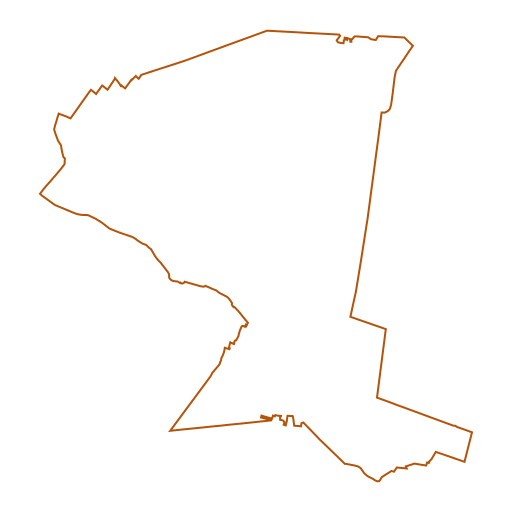 outline of Tláhuac, Distrito Federal, Mexico
{"feature_id": "50627088B16651448707811", "entity_name": "Tláhuac", "entity_type": "district", "adm_level": 2, "iso_a3": "MEX", "parent_name": "Mexico", "parent_adm1": "Distrito Federal", "projection": "robinson", "projection_center": [-99.012, 19.269], "detail": "fine", "context": "isolated", "style": "outline", "palette": "amber", "viewbox_px": 512, "rotation_deg": 0, "n_neighbors": 0, "source": "geoboundaries", "source_scale": "gbopen_adm2", "svg_char_len": 5360}
<svg xmlns="http://www.w3.org/2000/svg" viewBox="0 0 512 512"><path d="M40.0,193.8L42.2,195.8L54.5,204.7L55.4,205.2L71.2,211.8L74.9,213.3L78.2,214.3L81.0,214.8L83.3,215.0L86.3,215.0L87.6,215.1L88.6,215.4L90.7,216.4L95.7,218.8L101.8,222.6L109.4,228.5L112.7,229.9L120.1,232.8L132.4,237.0L135.8,239.0L136.5,239.7L138.8,241.3L142.0,243.3L142.7,243.7L145.7,244.8L146.2,245.0L149.1,247.8L150.9,249.1L151.8,250.5L155.2,256.4L158.3,260.4L160.7,262.7L161.9,264.3L167.2,271.2L168.0,272.3L169.0,274.1L169.2,277.7L169.4,278.1L169.9,278.8L171.4,280.2L172.3,280.6L173.2,281.0L177.9,281.6L180.2,283.1L180.5,282.7L181.4,283.4L182.7,283.4L184.1,282.7L184.8,281.7L186.3,282.2L187.3,282.4L188.2,282.8L189.8,283.2L190.8,283.4L190.9,283.5L194.7,284.6L195.9,284.9L197.6,285.4L198.5,285.7L199.3,285.9L200.0,286.1L200.7,286.2L200.9,286.3L201.9,286.5L202.7,286.6L203.3,286.7L204.2,286.5L205.0,286.2L205.3,285.8L206.7,286.4L207.5,286.8L207.8,286.9L208.8,287.3L211.3,288.4L212.6,289.0L213.1,289.2L213.6,289.4L215.9,290.3L216.1,290.4L216.5,290.6L217.3,291.2L218.0,291.9L219.3,292.8L221.7,294.1L223.1,294.8L223.9,295.2L224.8,295.7L225.5,296.0L226.4,296.5L227.2,297.0L228.0,297.7L228.5,298.2L229.0,298.8L229.5,299.4L230.6,300.9L231.3,302.0L231.8,302.7L232.0,303.1L231.8,304.7L232.3,305.6L233.5,307.0L233.7,306.7L234.5,307.2L235.2,307.7L235.6,308.2L238.5,311.3L240.5,313.7L242.7,316.5L243.5,317.5L244.3,318.4L245.5,319.9L246.0,320.5L247.9,322.7L246.4,325.9L245.7,324.9L244.9,326.8L243.8,326.1L243.2,326.2L242.5,325.9L241.9,326.2L241.7,326.3L241.1,327.7L240.6,328.9L240.1,330.1L239.6,331.3L239.3,332.5L238.9,333.8L238.7,334.7L238.6,335.6L237.5,337.9L236.8,339.2L236.4,339.9L236.3,340.2L235.9,340.5L235.2,340.4L234.4,341.5L234.2,342.3L234.1,343.5L234.2,343.8L234.0,344.1L230.3,342.3L230.0,343.0L229.9,343.9L229.7,344.6L228.9,347.6L229.7,348.1L229.4,349.2L224.8,347.8L224.6,348.8L224.6,349.4L224.5,349.9L224.3,350.7L224.2,351.2L224.0,351.7L224.0,352.1L223.5,353.5L222.4,356.2L221.7,357.5L221.4,358.0L221.3,358.8L221.2,359.4L221.0,360.3L220.2,362.2L219.8,363.7L219.5,364.2L219.3,364.5L219.1,364.7L218.7,365.4L215.5,369.1L212.0,373.2L211.6,374.4L210.4,376.5L177.9,420.4L170.2,430.8L183.3,429.4L187.5,429.0L195.3,428.2L204.4,427.3L211.8,426.5L220.5,425.7L227.4,424.9L232.6,424.4L241.7,423.5L247.5,422.9L255.1,422.1L261.4,421.4L266.6,420.9L271.2,420.4L271.2,420.1L261.0,417.5L261.5,415.6L264.1,416.4L269.0,417.8L272.1,418.6L272.6,416.7L273.0,415.6L274.8,416.4L275.4,415.1L277.8,415.7L281.0,415.9L280.8,416.6L280.1,417.1L280.1,419.8L281.4,420.0L282.7,420.4L283.5,420.9L284.1,421.7L284.4,422.1L283.7,424.7L285.7,425.4L286.9,420.7L286.9,420.0L287.5,415.8L290.4,416.0L291.0,416.1L292.6,416.0L293.2,418.0L294.2,425.7L296.6,425.9L298.9,426.1L301.0,426.3L301.5,423.2L303.3,422.5L311.1,430.5L319.5,439.3L324.2,443.8L330.7,450.1L344.9,463.9L345.8,463.8L355.5,465.7L355.6,465.8L357.2,466.2L357.7,466.3L359.8,467.5L360.1,467.7L361.1,468.7L361.5,469.3L361.6,469.5L362.0,470.1L362.8,471.2L364.1,473.1L364.8,473.8L365.7,474.5L366.6,475.3L367.3,475.9L367.9,476.3L368.9,476.9L372.4,478.6L373.1,478.9L374.1,479.7L374.8,480.2L375.9,480.7L377.1,481.2L377.2,481.3L378.8,481.2L379.6,480.8L381.8,477.1L391.4,471.0L394.0,471.7L396.8,467.5L402.1,468.0L406.7,468.5L405.8,466.4L411.1,464.7L414.4,463.6L421.6,464.8L426.2,465.5L427.1,462.5L429.7,463.1L428.5,462.2L431.4,459.3L435.8,451.9L464.5,461.8L466.8,452.7L472.0,432.3L463.1,429.1L459.1,427.7L457.0,427.0L455.4,425.8L453.1,425.6L450.7,424.7L447.4,423.5L431.9,417.8L418.9,413.0L410.4,409.9L404.5,407.7L397.5,405.2L392.3,403.2L385.3,400.6L377.0,397.6L379.1,381.3L385.8,329.1L350.4,316.8L354.1,299.7L355.8,292.2L361.0,260.5L366.4,225.9L367.5,219.2L371.3,190.5L373.6,173.5L375.9,155.9L378.2,138.9L380.5,121.1L381.6,112.5L384.8,112.6L387.8,111.1L389.8,109.0L391.1,104.9L392.5,94.8L394.6,77.5L395.9,70.9L401.1,63.1L403.0,60.4L409.2,51.1L412.9,45.8L404.3,37.5L402.6,37.4L384.5,36.4L378.1,36.2L375.8,40.0L374.6,39.8L370.9,39.2L368.3,37.3L356.5,36.4L354.4,36.5L352.3,39.2L351.1,39.2L351.4,41.7L350.4,41.8L350.1,39.2L349.0,38.7L347.4,38.1L347.1,39.9L345.3,39.0L345.7,37.9L344.7,37.7L344.3,40.4L343.8,40.5L343.5,43.2L340.9,43.0L339.7,42.7L338.0,42.3L337.8,42.1L336.7,40.3L340.1,35.9L339.1,34.6L335.7,34.4L316.8,33.4L307.2,32.9L295.2,32.2L278.4,31.3L267.0,30.7L246.2,38.3L239.8,40.6L208.6,52.0L184.4,60.9L154.3,70.6L141.5,74.8L141.1,75.1L140.5,76.0L139.5,77.7L138.9,78.6L138.6,78.8L135.8,76.0L131.5,80.2L131.3,79.9L130.7,80.7L125.1,88.4L121.8,85.7L121.6,85.5L121.0,86.2L120.7,85.9L119.6,83.9L119.0,83.2L118.3,82.2L117.7,81.4L117.3,80.8L116.7,80.2L116.1,79.5L115.0,78.1L114.8,78.9L110.0,86.1L107.5,89.7L105.7,88.2L102.6,85.8L102.2,85.5L100.7,87.5L96.8,93.0L96.1,94.0L91.0,89.8L90.3,90.7L89.5,91.7L88.7,92.8L88.0,93.7L87.2,94.9L86.3,96.2L85.3,97.6L84.3,99.0L83.2,100.5L80.4,104.5L75.5,111.4L70.5,118.4L68.5,117.5L67.1,116.8L61.2,114.6L58.7,113.6L57.6,117.1L57.2,118.4L56.6,120.6L56.1,122.2L55.5,124.1L55.0,125.7L55.0,125.9L54.1,129.3L55.3,133.3L55.4,133.6L56.9,137.6L58.0,140.7L60.7,144.9L61.2,146.0L61.3,147.8L61.4,148.3L61.7,149.8L62.0,151.4L62.2,152.2L62.2,152.4L63.0,155.6L63.5,157.2L64.3,157.9L64.9,158.4L64.7,160.5L64.6,164.0L64.4,164.3L63.1,166.1L61.7,167.9L60.6,169.3L58.6,171.7L57.6,172.9L55.8,175.0L52.1,179.2L51.6,179.9L50.1,181.6L46.5,185.6L46.4,185.7L44.7,187.8L44.0,188.6L42.9,189.9L42.8,190.0L41.4,192.0L40.0,193.8Z" fill="none" stroke="#b45309" stroke-width="2"/></svg>